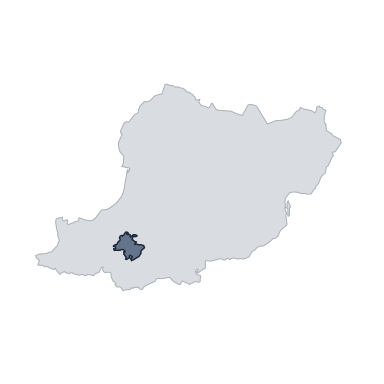 where Hamadan sits in Iran, rotated 296°
{"feature_id": "IRN-3233", "entity_name": "Hamadan", "entity_type": "Province", "adm_level": 1, "iso_a3": "IRN", "parent_name": "Iran", "parent_adm1": "", "projection": "orthographic", "projection_center": [48.6, 34.872], "detail": "fine", "context": "in_parent", "style": "filled", "palette": "slate", "viewbox_px": 384, "rotation_deg": 296, "n_neighbors": 0, "source": "natural_earth", "source_scale": "10m", "svg_char_len": 5456}
<svg xmlns="http://www.w3.org/2000/svg" viewBox="0 0 384 384"><g transform="rotate(296 192 192)"><path d="M184.1,117.7L187.7,117.7L194.0,115.1L194.6,114.6L196.3,110.0L198.4,107.8L202.0,105.2L204.5,104.2L213.3,103.9L213.8,102.1L215.1,101.0L224.6,100.8L226.2,102.0L227.0,104.5L235.1,106.1L236.8,106.7L238.9,108.4L240.6,108.7L242.5,107.7L243.9,108.1L245.9,107.4L252.3,109.5L253.5,112.3L254.7,113.5L256.2,114.5L261.4,116.1L263.0,117.2L267.1,122.0L277.0,120.7L277.8,121.8L277.9,124.0L279.3,129.3L278.8,131.4L280.3,132.9L280.5,136.3L281.3,138.6L280.6,141.9L279.5,142.7L280.5,145.5L279.9,148.4L280.1,149.4L278.8,152.0L278.8,152.9L276.2,155.4L278.7,158.3L275.5,158.9L273.8,162.6L274.9,166.6L274.6,168.7L275.0,169.9L275.9,170.6L280.4,170.8L280.6,171.4L276.6,177.8L277.1,180.1L281.8,191.6L281.9,197.7L283.0,203.7L294.5,204.1L296.0,205.5L297.2,208.8L297.5,211.3L297.3,212.7L286.2,229.9L293.6,236.8L294.0,238.5L298.8,245.5L302.9,249.0L309.5,250.2L312.8,252.6L315.4,252.1L315.6,256.0L317.5,263.9L317.1,267.7L319.5,268.1L322.9,267.0L324.3,267.6L325.1,268.8L324.3,269.6L324.8,272.8L324.0,273.6L323.9,276.6L318.7,277.5L314.0,279.5L312.3,280.8L311.5,283.1L309.9,283.1L309.5,284.0L306.2,285.9L305.6,292.2L304.4,293.8L304.2,302.6L303.4,302.9L301.8,304.6L290.9,303.1L289.6,301.1L288.5,300.9L287.1,303.0L281.6,302.5L279.8,303.1L278.6,302.6L275.7,302.9L273.3,301.9L267.6,303.5L263.8,301.7L259.9,301.5L255.2,302.0L251.3,300.8L249.3,301.6L248.3,300.5L242.5,300.0L240.4,296.2L240.2,294.3L238.6,291.0L237.8,286.2L236.3,282.7L233.7,279.9L227.1,278.7L223.7,279.9L221.3,281.7L217.2,283.0L214.2,286.5L212.3,286.4L204.9,291.4L203.2,291.4L197.4,288.8L194.8,288.3L189.6,288.7L186.6,286.8L185.8,285.4L178.9,282.5L174.7,279.8L173.3,277.2L171.4,275.2L167.3,273.8L165.0,272.2L158.7,271.7L154.1,267.6L154.1,266.2L151.4,261.5L150.9,258.1L150.3,257.2L148.1,255.8L147.7,254.9L148.1,252.7L145.3,251.5L144.8,250.4L144.8,247.1L138.0,239.1L136.5,234.7L135.3,234.5L129.3,237.5L127.6,235.9L122.3,233.1L121.6,232.0L122.9,231.5L124.2,232.0L125.0,231.4L124.7,230.4L123.4,229.8L121.6,229.9L122.1,230.8L120.4,231.6L120.1,232.8L120.5,236.1L119.8,237.0L117.0,237.6L115.2,238.6L113.7,237.4L113.2,235.0L112.2,233.4L110.8,232.9L109.7,231.3L107.9,230.5L107.8,222.1L103.3,221.8L103.3,215.4L105.4,209.1L101.1,203.3L99.2,198.9L98.1,198.0L95.8,198.1L88.4,192.1L85.9,190.5L82.3,189.9L81.9,187.8L82.8,185.6L81.2,182.5L80.7,181.6L79.3,181.2L79.4,179.3L77.5,179.4L74.1,174.1L73.1,173.3L75.2,169.4L73.9,166.2L74.8,163.5L76.6,163.7L77.3,160.1L80.6,156.4L83.4,154.9L83.7,153.8L83.2,151.8L81.5,149.2L81.8,147.1L82.4,146.1L85.4,145.0L85.5,144.5L84.1,143.7L79.0,143.6L76.3,141.0L73.7,140.3L72.3,134.7L71.9,134.1L70.7,133.8L70.0,132.8L69.7,129.1L67.9,127.4L66.7,121.9L66.6,120.6L67.1,119.5L64.4,117.0L64.2,113.4L64.8,112.6L61.7,109.8L60.2,109.7L60.1,109.2L62.5,103.7L63.5,102.5L61.6,101.5L61.7,98.8L61.3,96.5L61.6,94.3L60.4,92.6L60.1,91.7L60.7,89.3L59.5,88.0L58.9,85.4L63.5,84.9L64.5,81.0L66.2,79.4L69.0,81.5L72.8,88.0L75.1,89.9L76.8,92.1L85.4,94.6L87.3,93.9L90.3,94.1L94.1,90.2L95.8,89.8L100.3,85.9L105.7,82.3L108.5,81.8L112.5,86.4L110.2,87.8L109.8,88.9L110.1,90.0L111.9,91.2L112.1,92.5L111.5,93.1L109.1,93.8L108.4,95.2L111.0,97.3L112.3,99.0L113.7,99.5L115.9,102.3L119.4,101.9L120.1,108.7L122.1,114.3L125.9,116.6L135.6,118.4L136.7,119.4L138.4,122.5L140.9,124.6L148.6,128.8L157.0,130.6L162.5,130.3L182.6,124.5L184.5,124.4L181.6,125.8L182.7,126.3L185.3,126.1L185.9,125.6L186.0,124.8L184.1,117.7ZM225.0,283.3L223.7,285.3L221.8,287.1L220.3,286.7L214.3,289.5L212.7,289.5L212.4,288.7L219.0,285.5L219.3,284.8L218.8,283.4L221.0,283.8L223.3,282.5L225.3,282.0L226.2,282.7L225.0,283.3Z" fill="#d9dde1" stroke="#a8b0b8" stroke-width="1"/><path d="M127.1,150.3L127.1,150.6L127.2,151.2L127.5,151.6L127.4,152.2L127.0,152.7L126.5,152.7L126.3,152.3L126.3,151.9L126.3,151.6L125.9,151.6L125.5,152.1L125.8,153.2L126.4,154.2L126.5,154.9L125.9,155.7L125.1,155.9L124.7,156.0L124.5,156.3L124.5,156.5L124.8,156.8L125.4,157.1L126.9,157.5L127.5,157.8L128.2,158.5L128.5,159.3L128.8,161.1L128.5,161.7L127.9,161.7L127.5,161.3L127.0,160.7L126.8,159.9L127.0,159.3L126.7,158.9L125.6,158.7L123.2,158.8L122.8,159.3L123.0,160.3L122.8,160.8L122.5,161.4L122.4,162.5L122.7,163.8L122.4,163.9L121.8,163.6L120.4,163.4L119.9,163.6L120.1,164.1L120.8,164.3L121.0,165.4L121.1,167.1L122.1,168.9L122.3,169.8L122.4,170.7L122.6,171.7L122.6,172.1L122.4,172.4L121.0,173.7L117.3,172.1L116.4,172.2L115.7,172.2L115.4,172.3L114.7,173.0L114.3,173.1L113.8,172.9L110.8,172.6L105.1,168.8L104.8,168.3L104.2,168.0L103.9,167.8L104.1,167.4L104.6,166.6L106.0,166.5L107.5,166.9L107.9,166.5L107.8,165.8L108.0,164.7L107.9,164.1L107.6,163.7L107.3,163.7L106.7,164.0L105.5,165.2L105.2,164.7L105.0,164.0L104.7,163.8L104.2,163.7L103.3,163.2L102.6,162.6L102.5,162.0L102.7,161.7L103.1,161.6L104.4,161.4L105.0,160.5L105.6,159.3L106.0,158.8L106.1,158.4L106.1,158.1L106.5,157.9L107.3,157.7L107.8,157.4L107.9,157.0L108.2,156.9L108.6,158.0L108.9,158.1L109.3,157.7L109.8,157.0L110.1,155.8L109.7,154.3L109.0,153.5L108.4,153.2L107.8,152.4L106.4,149.2L105.5,147.8L105.7,147.4L106.4,146.7L106.7,146.6L107.3,147.9L107.7,148.1L108.1,147.9L108.5,147.5L109.4,147.2L109.5,146.8L109.3,146.4L108.9,145.9L108.7,145.3L109.2,145.1L111.1,146.2L111.5,147.0L112.1,147.4L114.9,147.5L116.1,148.1L117.2,148.4L118.2,148.0L118.7,147.4L118.7,147.1L119.3,146.8L120.7,146.8L121.8,147.5L122.3,148.1L121.9,148.7L122.8,149.4L124.5,149.7L124.9,149.6L126.7,150.0L127.1,150.3Z" fill="#64748b" stroke="#1e293b" stroke-width="1.5"/></g></svg>